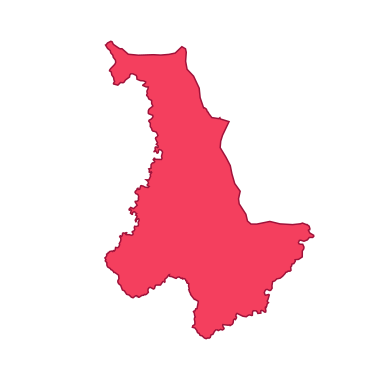 Kenieba, Kayes, Mali, rotated 19°
{"feature_id": "8926073B58532098111230", "entity_name": "Kenieba", "entity_type": "district", "adm_level": 2, "iso_a3": "MLI", "parent_name": "Mali", "parent_adm1": "Kayes", "projection": "albers", "projection_center": [-11.114, 12.792], "detail": "fine", "context": "isolated", "style": "filled", "palette": "rose", "viewbox_px": 384, "rotation_deg": 19, "n_neighbors": 0, "source": "geoboundaries", "source_scale": "gbopen_adm2", "svg_char_len": 6095}
<svg xmlns="http://www.w3.org/2000/svg" viewBox="0 0 384 384"><g transform="rotate(19 192 192)"><path d="M135.1,57.9L130.9,66.1L125.4,69.4L117.9,72.7L110.7,74.8L96.8,80.1L86.9,82.5L79.1,79.3L77.7,79.9L76.3,79.9L70.2,78.2L69.3,77.8L67.6,76.0L66.2,75.9L63.6,78.6L62.9,80.7L62.4,81.2L65.5,83.8L68.6,84.9L69.9,86.9L72.6,88.4L73.7,90.3L76.5,92.1L77.0,92.9L77.7,94.4L77.4,96.5L74.9,101.8L74.4,103.7L74.6,104.3L76.6,104.8L78.0,107.4L80.6,109.3L81.8,111.6L82.8,112.5L82.4,114.9L82.7,115.4L87.1,115.1L88.8,111.7L91.2,111.2L92.0,110.3L92.6,107.8L95.5,103.6L95.1,101.8L95.6,100.2L97.6,99.5L101.3,99.9L102.2,100.9L103.3,103.3L107.0,103.5L109.8,102.7L112.3,102.9L112.6,104.1L110.7,106.9L110.8,107.3L114.3,107.6L116.5,107.0L116.8,108.9L116.5,111.0L116.8,112.1L117.7,113.1L117.5,114.9L117.8,115.6L119.1,116.1L120.9,118.1L124.0,118.6L125.1,121.6L126.8,123.2L126.9,123.8L124.6,127.3L124.3,128.3L124.3,129.5L125.0,131.7L125.6,132.1L129.9,132.3L130.6,133.5L130.3,135.0L129.5,136.6L128.1,138.0L128.0,139.0L130.2,140.5L131.2,143.7L133.1,145.1L134.1,146.6L135.4,147.2L136.8,146.9L138.9,147.1L141.4,149.6L141.0,151.3L140.0,152.3L140.1,153.4L142.5,155.9L143.3,156.4L143.4,157.0L142.7,158.5L144.7,159.2L145.4,160.5L145.1,161.2L143.3,161.0L142.8,161.5L142.7,162.3L143.6,164.2L142.9,166.0L143.1,166.2L143.8,165.4L144.7,165.2L146.3,166.6L146.9,166.4L147.2,165.5L146.8,163.2L147.4,162.4L149.3,162.5L150.8,163.4L151.3,164.3L151.5,168.1L152.7,169.9L152.5,171.2L146.2,173.2L145.8,172.3L145.3,172.3L144.8,174.1L146.7,175.2L146.9,175.7L146.3,176.8L145.1,177.4L144.4,179.4L145.5,183.0L143.6,184.2L144.6,185.2L145.0,187.1L145.6,187.3L146.9,186.1L147.5,186.6L146.8,189.2L147.7,190.6L147.3,194.6L144.8,195.4L146.4,196.0L147.5,197.0L148.0,198.1L147.3,199.8L147.7,200.3L149.7,200.7L149.0,202.1L146.0,202.7L144.0,202.3L141.9,202.5L141.5,202.9L141.6,206.5L140.5,207.0L139.7,206.0L139.1,206.6L139.1,208.2L138.2,209.8L138.2,210.8L139.3,211.8L141.7,212.0L143.2,213.9L143.2,215.3L143.9,216.1L143.6,218.0L143.2,218.5L141.4,219.3L141.4,219.8L144.5,222.4L142.3,226.5L142.0,226.8L139.1,226.5L138.1,228.8L138.7,229.6L139.7,228.9L140.6,229.1L140.7,232.0L142.5,232.7L142.9,232.5L142.6,230.8L143.6,229.5L144.4,229.4L145.1,230.1L146.7,230.4L146.2,232.2L147.5,232.4L148.1,233.3L147.5,237.1L148.5,238.4L148.8,238.2L148.5,236.6L148.6,236.0L149.1,235.9L149.6,234.8L150.3,234.6L151.3,236.0L150.9,238.2L152.0,240.2L152.2,241.4L150.7,242.7L148.9,243.1L149.0,244.5L150.1,246.1L149.8,247.6L148.4,248.9L148.5,249.4L149.7,250.1L150.0,251.3L149.8,251.8L148.7,252.7L146.7,252.7L143.6,253.8L143.0,253.4L143.6,251.9L143.0,251.8L141.9,252.9L140.5,253.0L139.8,253.6L140.2,255.7L139.9,256.9L139.3,257.3L138.8,256.7L138.4,256.7L138.2,257.9L139.3,258.4L140.3,260.2L140.5,261.8L140.0,264.5L140.8,265.5L140.6,267.6L140.0,268.8L137.8,269.3L138.2,271.7L137.7,273.1L136.7,273.0L136.4,274.1L135.3,274.0L133.6,275.0L133.1,276.2L132.5,276.5L132.6,277.3L131.5,278.6L132.1,279.8L131.8,281.5L131.1,282.7L132.5,283.8L132.4,285.4L134.4,286.5L135.4,289.0L136.6,290.3L139.7,291.0L140.6,291.8L141.2,291.7L143.6,292.7L144.3,293.5L145.2,293.2L149.6,294.5L151.1,297.6L150.8,300.2L151.3,301.4L152.5,302.6L155.0,303.5L158.1,307.3L160.3,307.5L163.5,310.0L166.2,309.9L168.9,311.2L170.7,311.2L172.5,308.5L173.5,308.0L174.3,308.8L175.0,308.4L175.7,308.9L176.3,308.7L178.3,306.1L179.9,305.4L180.3,304.4L181.6,304.2L182.4,303.2L183.4,301.1L182.3,299.3L182.1,297.9L182.7,296.3L183.6,295.7L187.1,296.3L187.9,295.5L187.8,292.5L188.3,291.7L192.5,290.2L193.5,286.3L194.2,285.8L195.5,286.2L195.7,285.7L194.7,283.4L196.2,280.8L197.0,278.0L197.6,277.5L197.7,278.6L198.5,279.0L200.3,278.6L204.7,278.9L205.3,278.7L205.7,277.6L207.4,276.5L209.9,277.2L210.7,276.6L211.6,277.3L212.4,276.5L213.4,276.4L214.5,277.0L215.0,277.9L216.2,278.0L216.4,279.1L216.9,279.6L217.3,279.8L218.5,279.5L218.9,279.9L219.3,282.0L220.8,284.2L220.7,285.5L221.2,285.6L221.8,286.8L223.9,288.8L224.0,289.4L229.2,292.8L230.1,292.4L231.3,293.0L232.8,293.0L233.7,293.8L234.7,300.6L233.6,301.2L233.5,303.4L232.7,303.8L232.3,304.7L233.4,305.5L235.0,308.4L235.8,309.1L235.4,309.9L235.5,311.4L236.9,313.6L237.7,315.9L237.7,316.5L236.3,318.2L236.4,319.8L239.0,319.6L242.1,321.7L242.2,322.4L243.5,323.3L244.9,323.4L245.9,324.7L247.2,324.9L248.3,324.7L251.2,326.0L253.1,326.1L254.2,325.0L255.9,324.5L256.6,323.6L256.5,320.9L258.1,319.8L258.6,316.6L259.4,314.6L260.8,314.1L261.9,314.5L263.9,312.5L265.6,312.6L266.3,311.9L266.8,310.9L266.6,310.3L265.4,309.5L264.5,308.3L264.4,307.3L269.4,306.2L270.9,305.5L271.5,305.9L273.2,303.9L273.5,302.3L272.9,299.5L273.5,298.2L274.6,298.5L275.0,296.7L274.8,295.7L273.9,295.3L273.8,294.8L273.6,293.2L274.1,292.1L280.6,292.9L283.9,292.3L285.3,290.3L286.4,289.5L288.8,289.3L289.2,288.9L288.3,285.8L288.6,284.3L291.3,283.5L292.5,284.0L293.8,285.4L296.5,284.1L295.7,281.9L296.1,281.4L297.7,281.1L299.6,281.9L300.7,281.6L300.6,280.4L299.0,277.6L299.0,277.3L299.5,277.1L299.1,276.8L299.8,275.8L299.5,273.5L300.3,271.7L299.0,271.2L298.6,270.5L298.8,268.6L298.6,264.2L297.9,263.9L295.2,265.6L294.5,265.4L293.1,263.6L293.2,261.4L293.7,260.2L294.9,259.6L297.3,259.9L298.4,259.4L299.1,256.9L298.1,254.6L297.4,250.5L299.2,249.1L300.4,246.6L303.5,244.7L305.1,242.2L306.6,238.7L306.8,237.5L307.9,236.7L308.6,235.6L310.5,234.9L311.1,233.8L309.7,230.8L310.3,229.5L309.9,227.7L311.6,226.5L312.2,223.9L311.5,222.5L314.7,221.0L317.4,217.5L315.5,211.8L316.2,209.4L315.8,207.6L313.7,205.4L311.4,206.1L309.9,206.1L309.1,205.2L309.3,202.8L310.6,202.2L313.9,202.1L316.7,199.7L317.7,196.8L320.9,195.7L321.6,194.3L321.1,193.3L316.9,192.5L314.6,190.5L314.5,189.9L315.6,189.3L315.4,188.3L313.9,186.2L311.3,185.3L311.0,185.6L306.6,185.4L304.8,186.8L297.7,190.1L285.6,193.5L275.2,194.5L263.6,201.3L258.2,203.1L253.9,201.4L250.2,195.5L240.5,187.9L238.2,183.3L237.3,175.6L229.6,170.1L223.8,161.8L219.6,154.6L212.9,148.2L204.2,140.9L202.6,134.6L202.4,128.4L204.1,113.4L195.0,113.7L194.2,112.7L193.4,113.9L186.5,115.2L182.2,112.3L181.3,111.3L180.4,111.1L178.6,109.0L176.4,108.3L175.6,108.7L169.0,100.2L165.0,91.5L155.8,82.0L147.4,77.6L143.4,70.5L141.1,61.8L139.2,58.7L135.1,57.9Z" fill="#f43f5e" stroke="#9f1239" stroke-width="1.5"/></g></svg>